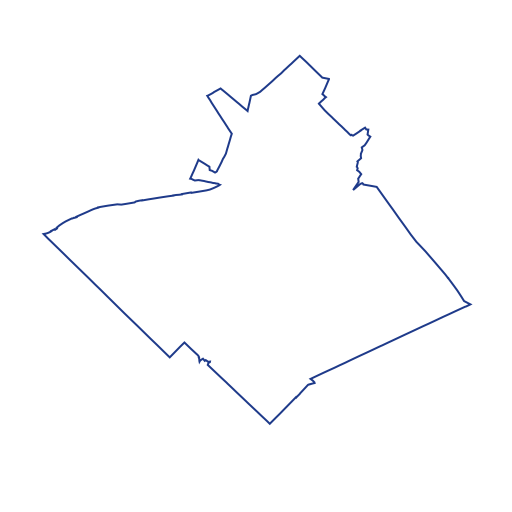 the district of Daudzeses pag., Jaunjelgavas, Latvia, rotated 326°
{"feature_id": "27541924B85634825101780", "entity_name": "Daudzeses pag.", "entity_type": "district", "adm_level": 2, "iso_a3": "LVA", "parent_name": "Latvia", "parent_adm1": "Jaunjelgavas", "projection": "orthographic", "projection_center": [25.199, 56.482], "detail": "fine", "context": "isolated", "style": "outline", "palette": "blue", "viewbox_px": 512, "rotation_deg": 326, "n_neighbors": 0, "source": "geoboundaries", "source_scale": "gbopen_adm2", "svg_char_len": 5761}
<svg xmlns="http://www.w3.org/2000/svg" viewBox="0 0 512 512"><g transform="rotate(326 256 256)"><path d="M210.6,395.7L215.2,394.8L215.9,394.5L220.2,393.5L227.1,391.9L228.9,392.5L228.9,392.4L233.1,393.9L233.5,394.1L233.8,393.4L233.4,391.1L232.5,388.4L236.5,389.0L241.1,389.7L246.9,390.6L252.4,391.5L258.9,392.6L265.1,393.5L265.5,393.6L270.4,394.4L274.0,394.9L280.0,395.8L287.1,396.9L293.2,397.9L300.2,399.0L305.5,399.8L309.3,400.4L310.2,400.6L318.8,401.9L319.3,402.0L328.3,403.4L335.4,404.5L342.3,405.6L348.0,406.5L355.0,407.6L361.5,408.7L367.9,409.7L376.5,411.0L383.6,412.2L390.0,413.2L396.1,414.2L401.0,415.0L401.8,415.3L405.8,415.9L406.7,416.0L403.3,409.7L403.5,404.6L403.6,397.2L403.4,391.3L403.0,382.8L403.1,382.0L403.1,381.8L403.1,381.7L402.8,381.6L402.8,380.6L402.6,377.2L401.6,368.3L400.6,359.6L400.2,356.3L399.7,352.2L399.1,347.1L397.7,338.6L396.9,334.1L396.3,324.8L396.1,315.7L395.7,304.2L395.5,293.9L395.3,288.5L395.1,281.5L394.9,273.6L394.7,266.2L390.7,262.3L385.0,256.8L385.1,255.8L384.8,255.0L382.7,254.6L380.5,254.8L373.4,255.6L376.9,254.2L382.5,252.0L382.9,251.2L384.0,249.0L385.6,248.4L386.4,248.0L388.2,247.3L389.0,247.0L388.7,243.9L388.3,242.8L387.8,241.4L389.3,240.2L389.6,238.5L389.5,238.3L390.8,237.1L391.5,236.5L391.9,236.1L392.3,235.8L392.6,235.5L392.9,235.1L393.0,234.9L393.0,234.3L394.4,234.1L395.5,234.0L397.0,233.8L397.8,233.7L398.0,233.3L398.1,233.1L398.4,232.4L398.7,231.8L398.8,231.6L399.2,231.1L399.5,230.8L400.0,230.1L400.2,229.8L400.4,229.7L401.1,229.3L401.8,228.8L402.6,228.3L403.2,227.9L403.3,227.8L403.4,227.7L403.5,227.5L403.7,227.2L403.8,226.9L404.1,226.0L404.2,225.7L404.4,225.1L408.0,225.0L410.1,224.2L410.4,224.1L411.1,223.8L415.6,221.8L417.5,221.0L416.6,218.7L416.4,217.7L419.8,214.0L418.2,212.8L418.2,210.6L412.9,210.4L412.9,210.6L407.8,210.6L403.8,210.5L403.0,209.4L403.0,209.0L402.0,208.8L401.4,206.3L401.1,204.4L400.6,202.3L400.3,201.1L400.1,199.8L399.6,197.5L399.3,195.9L399.2,195.7L399.1,195.4L398.7,193.6L398.6,193.4L398.2,191.3L397.2,186.7L396.8,185.0L396.7,184.2L396.4,182.8L395.4,178.6L394.4,173.6L394.0,170.4L393.8,168.7L393.4,165.6L393.3,164.9L394.0,164.7L394.9,164.6L396.1,164.4L396.4,164.3L396.9,164.3L397.4,164.2L397.7,164.2L399.3,164.0L400.1,163.8L401.4,163.5L402.8,163.4L402.3,162.0L402.2,161.2L401.6,158.9L402.6,158.3L407.2,155.5L412.1,152.3L415.4,150.2L415.5,150.0L414.7,149.2L411.6,146.1L410.7,145.2L410.3,143.1L409.7,140.3L408.9,136.5L408.4,134.1L408.1,132.6L407.3,128.6L406.9,126.8L406.8,126.2L406.5,124.7L406.1,122.8L405.9,122.0L405.9,121.8L405.8,121.5L405.0,118.1L404.2,114.5L396.6,115.7L392.5,116.4L391.5,116.5L389.5,116.8L384.6,117.6L384.0,117.6L379.1,118.6L374.9,119.0L371.8,119.4L368.3,120.0L366.3,120.3L363.2,120.7L360.2,121.1L357.2,121.5L354.2,121.8L351.3,122.2L348.3,122.0L346.4,121.8L343.3,120.6L343.2,120.6L342.9,120.5L341.4,120.3L338.2,123.4L335.8,125.7L335.3,126.1L332.7,128.6L331.8,129.4L330.1,131.1L329.7,129.6L329.6,129.3L328.8,126.7L328.1,124.4L327.2,121.0L326.9,119.9L326.4,118.3L325.0,113.4L324.1,110.3L323.7,108.9L323.3,107.4L321.1,99.9L321.0,99.7L320.3,97.3L318.0,97.1L312.7,96.6L312.2,96.7L310.1,96.6L308.1,96.4L307.2,96.3L305.5,96.1L305.2,96.0L305.1,97.8L305.1,101.2L304.9,104.0L304.8,109.6L304.7,114.7L304.6,116.5L304.6,119.9L304.5,123.3L304.5,127.5L304.4,131.0L304.4,131.9L304.4,132.9L304.3,134.2L304.3,135.6L304.3,137.9L304.3,138.8L304.3,139.2L304.3,139.6L304.3,141.1L302.1,142.8L298.8,145.6L296.1,147.8L293.1,150.3L292.9,150.4L292.2,151.0L288.3,154.3L285.2,156.0L282.9,157.0L279.9,158.9L276.0,161.1L271.7,163.4L271.2,163.8L270.6,164.0L269.1,164.0L268.7,163.9L267.2,160.8L265.7,158.9L267.3,155.9L266.2,153.6L265.2,151.2L264.0,148.6L262.8,146.0L262.0,144.3L261.9,144.3L261.9,144.2L259.8,145.6L252.1,150.6L249.4,152.2L249.1,152.4L245.6,154.6L244.7,155.1L245.3,155.7L245.8,156.3L246.3,157.3L247.5,159.2L250.6,160.8L251.0,161.1L251.7,161.8L251.8,161.8L252.6,162.6L253.2,163.2L254.9,164.8L255.5,165.5L256.4,166.5L256.7,166.8L257.0,167.1L257.8,168.0L258.3,168.4L259.8,169.8L260.4,170.5L260.8,171.0L261.2,171.4L261.6,171.8L261.8,171.9L262.4,172.4L262.8,172.8L263.0,173.0L263.2,173.3L263.3,173.5L263.5,173.6L264.0,174.0L264.5,174.5L264.9,174.8L265.1,175.1L265.3,175.9L265.3,176.1L265.5,176.4L265.8,176.8L265.0,176.8L263.9,176.7L262.2,176.5L260.3,176.2L258.5,175.9L254.8,175.1L251.4,173.8L244.6,170.7L237.7,167.5L237.7,167.0L233.0,164.9L229.2,163.2L229.0,163.5L226.6,162.3L224.0,160.8L221.3,159.5L221.2,159.7L216.4,157.3L208.4,153.5L203.4,151.2L198.5,148.9L192.7,146.3L192.8,146.1L190.0,144.8L186.8,143.6L185.3,143.7L177.6,140.2L173.1,138.1L169.9,135.6L165.6,133.5L161.5,131.5L154.9,128.5L152.3,127.4L152.2,127.7L149.2,126.7L147.2,126.2L144.6,125.7L142.0,125.3L136.3,124.3L133.7,123.8L129.0,123.0L128.9,123.5L126.7,122.8L126.5,122.5L124.9,122.3L124.4,121.9L121.8,121.5L117.6,120.9L114.3,120.7L110.0,120.7L106.5,121.1L106.4,121.9L104.1,121.9L104.1,121.2L100.2,120.7L100.2,121.0L99.1,121.0L96.7,120.6L94.8,120.1L92.2,119.0L93.4,125.5L94.2,129.1L96.0,137.8L97.8,146.4L99.5,154.9L101.3,163.5L103.1,172.1L104.9,180.6L106.6,189.2L108.4,197.7L110.1,206.3L111.8,214.7L113.3,222.2L114.9,230.1L116.8,239.1L118.7,247.9L120.5,256.7L122.3,265.5L124.2,274.3L126.0,283.1L127.8,291.8L135.1,290.3L142.3,288.8L148.3,287.7L150.2,296.7L151.9,304.0L152.0,304.4L152.1,304.6L152.4,306.4L152.2,308.1L151.7,308.3L151.7,308.9L150.7,310.9L150.4,311.2L150.3,311.5L150.1,312.0L150.7,311.7L151.2,311.5L151.7,311.4L154.6,311.5L154.9,314.3L156.1,314.2L157.2,317.0L158.8,317.8L158.4,318.2L156.9,318.0L155.1,319.3L157.0,327.9L158.9,336.4L160.9,345.0L160.9,345.3L162.2,351.1L163.8,358.6L165.5,366.1L167.4,374.9L169.4,383.7L171.2,391.8L172.9,399.3L173.6,402.8L181.7,401.2L187.1,400.2L192.8,399.0L198.6,397.8L204.4,396.6L210.2,395.4L210.2,395.8L210.6,395.7Z" fill="none" stroke="#1e3a8a" stroke-width="2"/></g></svg>